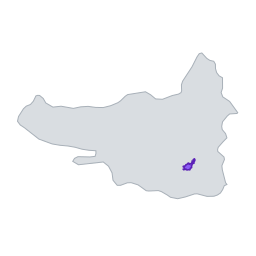 Monción, Santiago Rodríguez, Dominican Republic (highlighted), rotated 178°
{"feature_id": "3306468B58364807671066", "entity_name": "Monción", "entity_type": "district", "adm_level": 2, "iso_a3": "DOM", "parent_name": "Dominican Republic", "parent_adm1": "Santiago Rodríguez", "projection": "mercator", "projection_center": [-71.168, 19.384], "detail": "fine", "context": "in_parent", "style": "filled", "palette": "violet", "viewbox_px": 256, "rotation_deg": 178, "n_neighbors": 0, "source": "geoboundaries", "source_scale": "gbopen_adm2", "svg_char_len": 3364}
<svg xmlns="http://www.w3.org/2000/svg" viewBox="0 0 256 256"><g transform="rotate(178 128 128)"><path d="M31.8,174.9L32.1,164.5L33.7,160.2L32.2,155.8L25.5,151.0L21.4,144.9L17.8,139.5L18.6,138.7L25.9,138.5L28.4,136.5L33.3,130.9L34.3,126.4L33.9,123.1L30.7,119.0L29.5,114.7L33.4,111.0L38.5,105.6L39.2,103.5L39.1,101.4L33.1,95.7L32.7,93.2L35.5,87.0L35.2,82.9L32.4,70.0L31.1,68.1L33.8,67.0L35.5,63.2L37.9,59.8L41.0,57.9L44.5,56.8L51.4,56.9L61.1,59.8L63.8,59.8L73.1,57.1L80.8,55.6L88.0,57.3L91.0,59.6L96.9,63.3L99.9,64.4L109.4,64.3L112.0,64.7L119.9,70.8L126.6,73.2L130.4,73.3L137.4,71.0L140.8,71.1L144.8,76.3L145.5,83.7L148.8,90.5L153.9,94.9L178.8,93.0L184.4,96.6L182.5,99.5L179.0,101.1L167.1,100.4L161.9,100.8L160.9,103.7L160.9,106.4L167.8,107.1L174.6,108.4L181.5,110.6L188.6,112.1L196.5,113.1L204.3,114.7L217.4,120.0L231.8,132.1L235.6,134.8L238.2,138.6L237.0,143.3L231.8,150.9L228.9,153.4L224.7,154.9L221.7,158.0L218.9,163.3L217.2,163.8L215.2,163.6L211.7,160.5L209.3,155.9L202.3,151.5L194.1,152.1L181.9,149.5L174.5,150.8L167.1,151.0L159.6,149.7L152.0,149.3L144.5,150.9L137.1,153.7L134.4,155.5L129.7,159.8L127.2,161.4L109.3,163.6L104.2,160.4L99.4,156.1L92.5,155.5L82.6,158.9L76.4,160.1L73.8,161.5L73.1,163.2L73.1,169.3L71.7,173.0L61.9,186.9L56.5,196.7L54.2,199.8L51.6,200.4L46.8,194.8L43.8,192.7L40.0,191.7L38.4,188.7L38.5,184.4L37.5,180.3L35.2,177.0L31.8,174.9Z" fill="#d9dde1" stroke="#a8b0b8" stroke-width="1"/><path d="M67.8,84.0L67.6,84.1L67.5,84.3L67.4,84.5L67.3,84.8L67.3,85.3L67.2,85.4L67.2,85.5L67.0,85.8L66.9,85.8L66.4,85.8L66.2,85.9L66.0,86.0L65.9,86.1L65.8,86.3L65.8,86.5L65.7,86.7L65.7,86.8L65.7,87.0L65.8,87.3L65.8,87.5L66.0,87.8L66.0,88.0L66.0,88.3L65.9,88.3L65.6,88.4L65.3,88.7L65.3,88.9L65.2,89.1L65.1,89.4L65.0,89.6L64.9,89.9L64.8,90.2L64.8,90.3L64.7,90.4L64.6,90.5L64.5,90.4L64.4,90.4L64.2,90.4L63.9,90.3L63.7,90.3L63.4,90.6L63.2,90.7L63.2,90.8L63.3,91.0L63.4,91.3L63.4,91.5L63.2,91.7L63.1,91.9L63.0,92.0L62.9,92.2L62.8,92.3L62.6,92.6L62.6,92.8L62.5,93.0L62.4,93.2L62.3,93.3L62.2,93.6L62.2,93.8L62.3,93.9L62.3,94.0L62.4,94.3L62.5,94.4L62.5,94.6L62.6,94.8L62.8,94.9L63.0,94.8L63.0,94.7L63.2,94.4L63.3,94.3L63.7,94.2L63.5,93.9L63.5,93.7L63.8,93.4L63.9,93.1L64.0,92.9L64.1,92.7L64.3,92.7L64.5,92.8L64.9,92.8L65.0,92.8L65.2,92.7L65.2,92.4L65.1,92.2L65.1,91.9L65.0,91.6L65.0,91.4L65.3,91.4L65.5,91.2L65.5,90.9L65.6,90.7L65.8,90.6L66.1,90.5L66.2,90.4L66.3,90.2L66.7,90.0L66.8,90.0L67.1,90.1L67.3,90.1L67.5,89.9L67.7,89.7L67.8,89.6L68.0,89.6L68.1,89.8L68.2,90.3L68.2,90.5L68.3,90.6L68.6,90.8L68.8,90.8L68.9,90.7L69.0,90.7L69.3,90.7L69.5,90.5L69.5,90.4L69.5,90.2L69.4,90.1L69.5,90.1L69.8,90.0L69.9,89.9L70.0,89.9L70.3,89.6L70.5,89.5L70.8,89.5L71.0,89.5L71.3,89.4L71.5,89.2L71.5,88.9L71.5,88.7L71.7,88.4L71.8,88.4L72.1,88.2L72.3,88.2L72.5,88.0L73.3,88.0L73.5,88.0L73.6,87.9L73.8,87.8L73.9,87.7L74.1,87.7L74.2,87.4L73.9,87.3L73.5,87.3L73.4,87.3L73.2,87.3L73.2,87.2L73.4,86.9L73.5,86.8L73.5,86.7L73.4,86.4L73.3,86.2L73.2,86.0L72.9,85.9L72.8,85.7L73.0,85.5L73.2,85.4L73.3,85.3L73.4,85.2L73.5,85.0L73.8,84.9L74.2,84.8L74.0,84.5L73.9,84.4L73.7,84.3L73.4,84.4L73.2,84.5L72.9,84.6L72.3,84.6L72.1,84.6L71.9,84.6L71.7,84.8L71.4,84.8L71.4,84.7L71.2,84.6L71.1,84.4L71.0,84.2L70.9,84.2L70.7,84.1L70.4,84.0L70.2,84.0L69.9,84.1L69.6,84.2L69.3,84.2L69.1,84.2L68.9,84.2L68.7,84.2L68.4,84.1L68.0,84.0L67.8,84.0Z" fill="#8b5cf6" stroke="#5b21b6" stroke-width="1.5"/></g></svg>